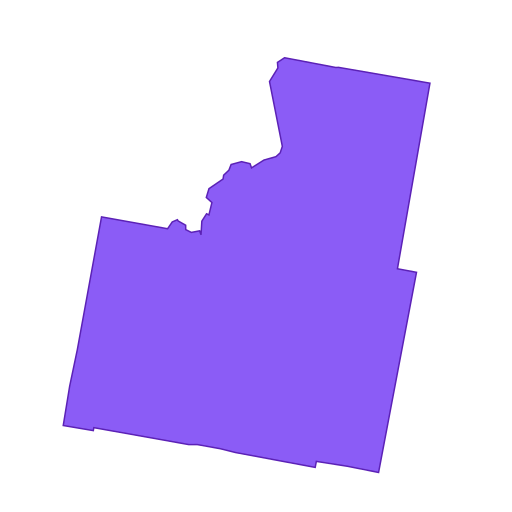 Itasca, Minnesota, United States of America, rotated 100°
{"feature_id": "52423323B57415420837442", "entity_name": "Itasca", "entity_type": "district", "adm_level": 2, "iso_a3": "USA", "parent_name": "United States of America", "parent_adm1": "Minnesota", "projection": "robinson", "projection_center": [-93.745, 47.462], "detail": "fine", "context": "isolated", "style": "filled", "palette": "violet", "viewbox_px": 512, "rotation_deg": 100, "n_neighbors": 0, "source": "geoboundaries", "source_scale": "gbopen_adm2", "svg_char_len": 761}
<svg xmlns="http://www.w3.org/2000/svg" viewBox="0 0 512 512"><g transform="rotate(100 256 256)"><path d="M447.9,97.7L244.2,95.1L244.0,114.5L55.6,114.7L55.9,207.5L56.5,210.2L55.8,262.3L61.6,268.5L67.0,267.1L81.8,273.0L143.5,249.1L150.2,250.1L154.7,253.6L160.1,264.8L170.0,275.7L166.1,277.9L165.6,286.6L170.2,296.4L176.2,297.6L182.0,301.9L185.9,301.8L197.8,314.0L207.0,315.1L211.0,308.7L223.7,309.5L223.0,312.0L231.1,315.4L244.7,313.8L241.0,315.9L244.0,323.8L242.2,329.8L237.9,330.6L235.0,338.8L233.9,339.7L237.0,344.4L244.5,347.8L244.3,414.9L379.5,415.7L416.5,416.9L456.4,416.4L456.2,385.9L453.2,385.9L453.4,289.3L451.9,281.1L452.0,257.5L453.1,242.1L453.9,161.0L447.8,160.9L447.2,129.2L447.9,97.7Z" fill="#8b5cf6" stroke="#5b21b6" stroke-width="1.5"/></g></svg>